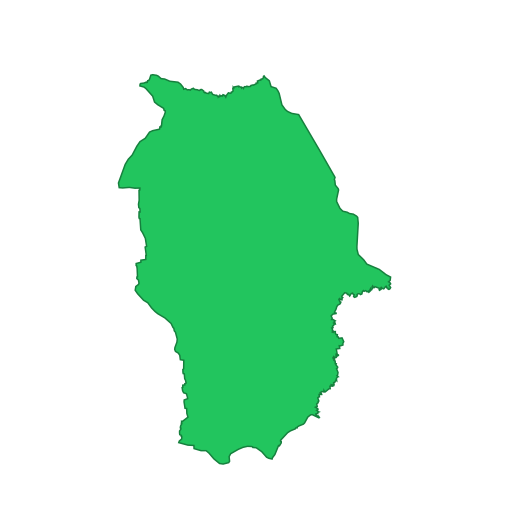 the district of Sikhoraphum, Surin, Thailand, rotated 346°
{"feature_id": "78962969B98513612105596", "entity_name": "Sikhoraphum", "entity_type": "district", "adm_level": 2, "iso_a3": "THA", "parent_name": "Thailand", "parent_adm1": "Surin", "projection": "natural_earth1", "projection_center": [103.804, 14.951], "detail": "fine", "context": "isolated", "style": "filled", "palette": "green", "viewbox_px": 512, "rotation_deg": 346, "n_neighbors": 0, "source": "geoboundaries", "source_scale": "gbopen_adm2", "svg_char_len": 6058}
<svg xmlns="http://www.w3.org/2000/svg" viewBox="0 0 512 512"><g transform="rotate(346 256 256)"><path d="M140.2,151.9L139.8,156.6L143.1,157.7L149.7,158.8L154.9,160.9L159.8,162.0L159.2,163.9L158.4,163.9L156.1,173.7L154.5,177.3L154.0,180.7L154.8,181.8L154.2,185.2L153.2,184.9L151.8,190.1L151.8,191.4L152.5,191.7L150.5,202.8L151.6,206.0L152.9,212.1L152.2,220.2L150.6,220.5L149.7,228.9L149.2,228.8L148.2,232.7L143.3,232.2L142.8,234.2L137.9,234.3L137.4,236.3L137.9,236.8L137.6,239.6L136.0,247.4L135.4,247.5L134.9,249.1L136.1,250.8L135.9,254.1L135.0,255.2L132.0,256.5L130.5,260.0L132.0,264.0L136.2,271.7L139.7,275.2L142.1,281.1L144.6,285.4L146.7,288.2L152.6,294.0L157.3,300.9L158.2,305.4L158.8,306.2L158.6,308.8L159.4,310.4L159.5,317.5L158.4,320.5L155.2,325.2L154.5,327.0L154.8,329.1L157.1,331.4L158.0,333.9L157.5,338.3L160.7,339.7L158.5,348.0L157.6,348.4L157.0,351.1L156.9,352.5L157.9,353.0L157.1,358.0L157.5,358.8L157.5,362.3L156.0,362.7L155.8,363.8L153.7,363.6L153.2,365.7L152.5,365.8L152.2,369.0L152.7,371.2L155.2,372.8L155.3,376.3L155.2,377.9L151.5,378.3L150.9,380.1L150.3,386.6L151.8,387.2L150.8,392.1L151.0,395.9L144.8,398.6L143.8,398.3L143.5,400.5L143.1,400.3L142.8,401.4L141.6,402.9L141.0,404.5L141.5,404.9L141.0,406.1L139.5,407.3L139.0,409.3L138.8,410.9L140.2,412.0L139.8,412.7L140.3,413.4L139.6,415.6L136.8,417.0L135.9,418.4L144.1,423.0L149.9,424.8L149.3,427.9L155.6,431.6L160.5,432.8L162.6,435.7L166.1,442.7L170.4,448.5L173.8,449.9L179.5,449.9L180.7,448.8L181.4,444.1L183.6,441.7L192.1,439.3L197.1,438.5L201.7,438.6L205.4,439.7L206.5,440.3L206.6,441.0L209.8,442.1L214.2,447.2L217.6,453.8L219.5,455.4L222.5,456.9L223.2,455.7L226.3,453.2L232.0,445.4L232.8,445.9L235.3,443.4L235.6,442.1L235.0,441.7L235.2,440.8L243.9,435.1L247.1,434.0L252.4,433.2L253.0,432.4L254.4,432.7L254.8,431.8L256.4,431.3L261.3,430.6L262.8,429.7L267.3,424.8L270.7,423.3L272.3,423.6L277.8,428.2L278.4,428.1L277.8,426.3L276.2,425.7L275.7,423.9L276.0,423.6L277.8,423.9L278.0,422.7L279.2,422.5L278.4,422.0L278.5,421.4L277.5,420.4L279.1,419.7L279.1,419.3L277.1,417.1L279.0,416.8L279.1,414.2L280.8,413.4L281.1,412.2L281.9,411.9L281.6,408.6L282.5,408.0L283.5,408.0L283.7,405.7L286.2,406.2L286.1,405.2L285.1,405.1L285.0,404.3L287.1,403.4L288.9,404.3L289.4,402.9L289.8,404.4L290.3,404.6L294.7,402.5L295.9,402.7L296.2,400.3L297.4,400.4L297.8,399.0L298.4,399.4L298.5,400.7L299.1,400.9L299.7,399.6L300.2,400.0L300.2,399.5L300.7,399.4L300.7,397.6L301.9,397.6L303.5,395.7L304.1,396.5L304.4,394.2L305.9,393.0L306.5,393.0L305.6,391.7L306.3,391.3L307.4,388.9L306.9,384.8L307.9,384.4L308.4,383.6L307.2,380.9L307.8,380.0L306.9,379.6L307.4,377.0L306.4,376.2L306.9,375.2L306.1,374.4L306.1,373.3L306.8,372.7L306.8,373.9L307.5,374.6L308.0,373.2L309.3,373.8L310.0,373.1L309.6,371.6L309.9,371.0L310.6,372.7L311.9,372.4L312.0,371.9L311.0,371.3L311.4,365.6L314.9,366.0L315.1,363.2L316.1,363.6L318.8,363.4L319.2,361.7L320.4,360.4L319.7,356.3L316.4,355.9L316.2,354.4L315.2,353.9L315.9,352.0L314.7,351.5L314.3,350.0L314.7,348.5L313.1,348.2L312.4,348.8L311.7,348.2L313.0,347.7L312.1,346.6L312.5,345.5L312.1,344.2L313.4,344.1L313.3,342.6L314.9,341.8L315.5,340.8L316.5,341.2L316.5,340.4L315.5,340.3L315.1,339.8L316.3,339.5L316.1,338.5L317.2,338.1L315.4,336.3L314.0,335.9L314.9,334.8L314.4,332.3L316.6,331.0L319.8,331.2L319.9,330.7L318.5,330.1L318.5,329.6L320.9,326.8L322.1,324.7L323.6,323.4L325.8,322.9L327.0,321.7L327.1,321.1L326.3,320.8L325.9,318.1L326.8,317.5L327.7,319.0L328.9,319.3L329.1,318.0L330.1,317.3L329.5,316.7L329.5,315.8L333.2,313.1L335.1,314.1L335.4,315.5L336.4,315.6L337.2,317.5L339.3,315.5L340.7,315.4L341.1,316.9L341.9,317.4L340.9,319.0L341.7,320.0L343.9,319.7L344.6,319.0L344.7,317.8L346.0,317.3L347.5,317.8L348.1,318.7L349.6,318.4L350.4,316.6L351.8,315.5L352.4,316.4L354.0,316.1L355.1,317.6L357.4,317.2L356.4,317.9L356.7,318.5L358.7,317.4L358.8,317.0L358.1,316.7L359.2,315.4L359.4,316.8L360.0,316.8L361.3,315.3L361.0,314.3L361.9,313.3L362.5,315.2L363.2,315.3L364.0,314.5L368.4,317.6L367.4,318.2L367.5,319.1L369.3,318.6L369.5,317.0L369.9,316.7L370.8,318.1L372.0,318.8L374.5,316.9L375.1,316.9L375.1,318.5L376.1,319.1L376.2,320.2L376.9,320.6L377.9,320.3L379.0,319.2L378.1,316.5L379.9,315.6L379.5,314.2L378.4,313.1L380.3,312.1L381.5,309.0L377.7,305.6L372.4,298.9L361.6,290.7L359.6,285.8L355.6,279.3L355.6,273.9L356.2,271.2L363.1,249.0L364.0,243.1L363.2,241.6L360.5,238.9L357.0,237.4L355.1,235.6L351.0,233.5L349.0,230.1L347.4,222.7L348.0,220.3L352.1,211.9L352.0,210.5L350.1,206.4L350.7,202.0L350.5,200.8L351.7,198.8L343.3,169.0L331.6,129.1L325.2,126.3L321.6,123.4L319.8,120.9L317.7,115.6L317.8,103.8L317.2,101.0L316.1,98.1L311.6,95.3L311.3,89.2L308.1,85.0L307.4,83.2L306.7,83.5L306.8,84.1L305.3,85.7L303.7,85.6L303.1,86.6L302.4,86.2L299.7,86.6L299.6,88.4L298.0,88.3L298.0,88.9L294.8,89.6L294.5,89.3L292.3,89.3L291.7,90.1L289.0,89.7L288.3,89.0L287.7,89.4L285.7,88.9L284.4,90.3L284.3,89.7L283.3,89.1L282.7,89.5L282.7,88.6L281.9,88.5L280.7,87.3L280.2,87.6L280.0,86.9L276.2,86.7L275.3,87.2L275.0,86.8L275.0,87.7L274.1,87.6L273.7,90.2L273.1,90.8L271.6,91.1L271.5,91.7L270.7,92.0L268.7,91.0L265.9,93.2L265.1,94.5L264.6,92.7L263.9,92.7L263.8,92.0L263.0,91.5L261.8,92.7L261.4,92.2L260.4,92.4L259.9,91.3L259.1,92.6L258.4,92.1L257.9,92.5L258.0,91.7L257.2,91.6L256.8,90.5L255.4,90.2L253.0,88.7L252.3,86.2L251.3,86.3L250.4,85.7L249.4,86.9L247.1,86.0L246.6,85.1L245.8,85.2L245.2,84.6L245.3,83.5L243.6,81.3L242.2,81.1L241.6,81.7L240.9,81.7L239.3,80.5L236.7,79.5L235.8,78.1L233.6,78.4L232.4,79.2L231.2,78.4L229.5,78.2L228.2,76.5L226.2,76.7L226.2,74.9L224.4,70.9L222.4,68.5L214.7,65.6L210.2,62.2L206.8,60.9L204.7,57.8L203.2,56.6L199.6,55.1L197.7,55.1L195.6,58.5L194.4,59.7L193.3,59.7L192.5,61.2L191.8,61.2L191.5,60.7L189.3,61.1L185.8,60.7L185.1,61.2L184.5,62.9L188.2,65.0L189.7,66.9L194.4,75.9L194.8,82.1L197.2,85.4L202.1,90.4L202.1,92.5L203.0,93.1L202.7,94.7L200.6,97.9L197.9,101.0L195.8,106.8L195.4,106.7L194.9,107.9L194.0,107.5L193.1,109.6L186.1,109.4L182.7,110.0L177.0,115.0L171.2,116.9L167.0,120.6L160.3,128.1L155.5,131.2L151.3,135.4L140.2,151.9Z" fill="#22c55e" stroke="#15803d" stroke-width="1.5"/></g></svg>